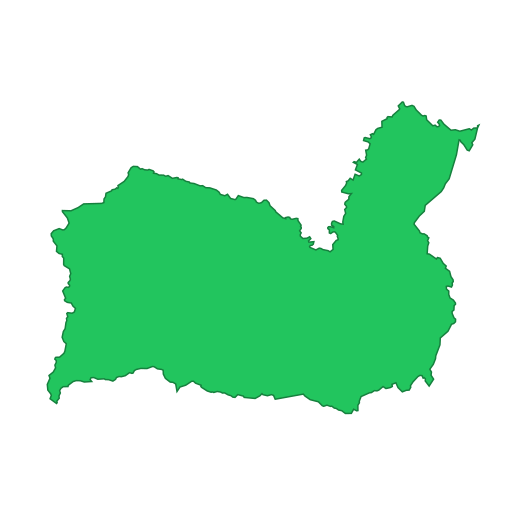 the district of Uiramutã, Roraima, Brazil, rotated 277°
{"feature_id": "56859067B11368359253245", "entity_name": "Uiramutã", "entity_type": "district", "adm_level": 2, "iso_a3": "BRA", "parent_name": "Brazil", "parent_adm1": "Roraima", "projection": "natural_earth1", "projection_center": [-60.205, 4.716], "detail": "fine", "context": "isolated", "style": "filled", "palette": "green", "viewbox_px": 512, "rotation_deg": 277, "n_neighbors": 0, "source": "geoboundaries", "source_scale": "gbopen_adm2", "svg_char_len": 6067}
<svg xmlns="http://www.w3.org/2000/svg" viewBox="0 0 512 512"><g transform="rotate(277 256 256)"><path d="M410.1,460.3L409.5,456.6L407.3,454.4L408.3,452.2L404.7,443.1L405.6,438.5L404.6,434.2L409.8,426.4L413.4,422.9L413.3,421.3L410.9,420.0L409.1,421.9L407.8,422.3L406.8,421.5L406.3,419.9L407.7,417.9L406.8,415.6L412.0,408.8L415.7,407.8L416.0,406.4L415.3,404.7L415.9,403.1L420.5,397.2L423.8,394.6L424.5,392.5L422.5,387.9L422.6,386.6L423.4,385.2L426.6,383.6L426.7,382.4L422.3,378.9L419.6,380.7L418.7,380.3L412.4,374.7L410.6,374.1L410.4,370.0L409.5,369.2L408.3,369.4L405.0,364.5L399.2,365.4L397.5,361.3L396.0,359.7L391.1,357.9L391.6,356.7L390.3,354.7L388.3,356.0L387.1,355.7L386.3,354.7L386.9,349.9L386.4,349.0L383.7,348.7L382.9,353.4L381.3,355.6L376.1,354.8L374.9,353.8L374.4,352.0L369.5,353.5L367.1,352.8L365.6,353.8L362.2,350.6L362.7,348.4L364.7,346.7L361.2,344.3L361.6,341.9L360.8,341.2L359.2,345.5L353.6,344.2L351.2,350.6L349.7,350.7L348.0,348.7L349.2,344.4L343.2,343.1L344.6,340.0L341.8,338.3L340.9,336.6L339.5,337.1L336.8,336.3L331.6,333.0L330.0,333.3L329.0,340.1L329.6,343.1L326.2,341.0L323.7,341.2L320.2,338.0L319.1,337.8L318.0,337.9L316.5,339.6L315.2,340.0L313.0,338.4L309.2,339.8L306.1,338.3L300.4,338.0L298.2,338.6L298.2,336.0L300.3,329.4L299.6,327.6L297.5,327.0L295.8,327.3L294.7,329.6L293.5,329.7L294.2,326.0L293.9,324.5L292.9,323.8L291.9,324.0L290.9,325.6L287.8,326.0L287.4,327.4L289.2,329.4L289.6,330.8L289.2,331.9L286.5,334.5L285.4,334.3L283.2,335.4L282.2,335.5L281.2,333.7L276.7,330.8L271.9,331.7L269.2,329.0L270.1,326.8L270.5,321.7L271.4,319.5L271.5,317.8L269.3,314.7L271.1,308.5L271.9,308.0L273.0,308.6L273.5,310.3L274.7,311.4L277.3,311.7L276.2,306.8L277.4,306.3L279.9,308.3L281.6,306.9L279.9,304.5L279.1,300.4L281.1,297.6L282.5,297.3L284.5,298.0L286.3,296.2L288.8,297.5L290.1,297.4L290.8,296.6L292.1,297.0L296.3,293.3L298.2,293.0L298.3,291.4L296.8,287.3L297.1,285.6L298.4,284.8L298.6,283.1L297.7,280.6L296.7,280.9L297.1,278.0L302.2,270.3L303.5,269.5L307.6,263.8L310.5,262.4L312.7,259.6L312.3,257.1L309.6,254.9L308.6,252.4L309.5,249.9L311.3,248.7L312.6,246.4L313.0,239.8L312.5,236.9L313.8,231.1L310.1,229.2L309.4,228.4L309.6,227.0L310.0,223.8L313.8,220.2L312.0,217.7L312.8,213.1L315.0,211.4L316.7,208.5L318.0,201.9L317.7,197.7L319.3,194.5L318.8,192.0L320.4,185.7L320.4,181.6L321.3,180.8L321.6,177.2L323.3,173.8L322.8,172.9L323.1,169.2L324.1,169.2L324.3,167.9L322.9,163.6L325.1,158.9L324.1,156.7L325.0,154.4L324.5,149.9L325.6,147.2L325.7,144.2L327.1,144.5L328.0,143.5L328.9,139.3L328.1,138.1L328.0,134.9L328.8,132.3L328.1,130.8L330.3,127.4L330.0,123.3L328.4,121.3L322.9,118.9L321.7,119.6L319.5,119.4L314.0,116.1L309.1,110.4L307.5,111.0L306.3,110.6L306.7,109.5L305.2,108.1L304.2,105.1L303.0,104.6L300.0,99.5L296.3,99.4L294.1,98.2L290.5,98.5L289.4,96.4L286.7,78.6L282.4,73.6L278.3,66.8L277.5,58.3L276.4,58.5L270.8,64.1L265.9,66.5L260.8,64.2L258.7,62.5L258.3,61.1L259.2,57.3L256.4,52.1L253.2,50.0L251.0,50.4L248.3,52.7L246.0,53.0L241.8,57.2L236.3,57.4L234.5,60.2L234.1,63.6L231.9,63.8L230.5,65.4L224.2,66.1L223.1,66.8L220.5,72.5L215.9,74.3L213.1,73.5L210.4,74.6L209.0,74.4L206.8,72.8L205.7,73.0L204.3,74.6L203.1,74.6L202.0,73.6L202.1,71.6L201.3,70.4L197.7,68.4L190.9,72.2L189.3,71.2L188.3,71.5L187.0,74.3L186.8,78.4L183.9,80.5L182.0,83.2L178.3,82.5L176.8,80.5L176.8,76.0L175.9,75.2L172.7,76.6L171.0,75.5L168.9,76.1L166.8,75.5L160.6,75.4L157.6,74.0L151.7,73.5L147.7,75.7L145.8,78.4L138.2,77.9L136.0,77.2L131.6,73.3L131.1,69.7L130.3,69.1L129.1,68.9L127.9,70.5L126.0,70.7L123.2,69.7L120.5,70.7L116.1,68.9L112.2,65.1L109.5,66.4L103.1,64.5L97.6,65.7L94.0,69.2L92.5,69.8L89.2,69.0L85.3,76.0L86.2,76.5L87.7,76.0L90.8,78.0L93.2,77.5L96.2,78.5L98.4,77.5L100.9,78.5L102.8,80.6L103.5,85.3L104.9,85.5L109.1,89.8L110.4,92.7L110.8,96.8L110.0,100.9L111.4,108.2L113.1,106.4L115.1,107.1L115.6,109.9L114.4,114.0L115.6,120.4L115.0,121.5L115.3,124.8L114.4,129.2L116.4,131.6L118.4,132.3L119.7,134.7L119.8,137.1L121.3,140.9L124.8,144.7L124.4,147.1L124.8,148.2L127.5,149.3L128.8,151.0L130.4,155.4L131.0,161.5L133.7,166.7L133.7,168.4L132.0,171.9L131.9,176.2L131.3,177.8L127.5,178.4L123.5,181.0L120.4,186.2L120.5,189.0L119.2,191.9L111.9,194.1L116.7,196.5L119.2,202.0L123.8,207.4L124.1,209.2L122.4,211.5L121.0,217.3L119.7,217.2L119.0,218.0L116.1,224.0L115.3,228.1L115.8,229.1L115.4,230.7L116.8,234.0L116.7,237.3L115.9,239.4L116.3,241.5L114.8,245.2L114.3,248.2L113.1,250.2L113.1,252.4L116.2,254.8L115.4,260.5L114.2,261.5L114.5,272.5L117.7,276.9L120.1,278.7L119.2,279.8L118.7,284.4L120.3,288.2L119.8,290.4L116.2,292.5L124.7,319.8L123.0,321.6L120.0,327.3L118.9,335.7L115.5,340.0L115.1,341.5L116.6,344.6L115.8,348.3L116.2,349.5L114.6,352.2L114.5,354.2L113.2,356.7L112.9,360.0L110.6,363.9L111.4,369.8L115.8,371.6L114.6,374.8L115.0,376.0L120.3,375.3L122.9,376.5L124.5,376.2L129.3,377.4L134.0,385.2L134.5,387.2L136.8,389.9L136.9,392.5L137.8,394.2L141.9,398.0L140.3,401.1L141.8,405.4L143.1,407.2L145.2,406.6L147.2,410.3L142.7,413.0L139.0,417.8L141.0,421.5L141.6,424.4L144.6,425.6L146.0,425.1L150.1,427.1L156.1,431.4L157.5,433.3L157.5,435.4L155.1,436.8L155.7,437.8L154.7,439.1L152.6,439.2L148.0,443.7L155.4,447.3L159.0,444.3L162.2,444.3L164.8,442.3L170.1,445.2L175.9,446.7L178.8,446.6L190.2,449.4L197.1,448.9L204.7,455.7L212.1,458.4L213.1,460.5L215.0,462.0L217.6,461.8L218.7,460.1L222.9,457.7L224.8,457.4L226.5,459.0L230.9,458.7L232.4,459.9L233.6,459.7L236.3,457.3L238.0,453.7L241.3,452.0L244.7,451.6L246.3,449.1L249.0,448.6L249.6,450.2L249.0,453.8L251.1,454.5L253.2,454.0L254.6,454.9L256.4,454.5L259.3,452.0L264.4,450.0L266.9,445.5L269.2,446.0L271.5,442.7L276.2,439.1L276.6,436.3L275.0,435.4L279.0,427.9L279.1,425.6L286.9,425.2L290.2,425.9L292.1,424.4L295.1,425.3L295.9,423.8L297.0,423.4L298.5,420.1L298.2,418.6L299.1,415.9L300.7,415.2L306.8,409.0L308.3,409.1L315.7,413.3L320.9,417.6L326.9,417.8L342.5,432.0L346.5,434.0L350.7,435.1L356.1,438.3L380.9,442.6L396.1,443.4L395.8,444.6L394.4,445.3L391.9,448.6L386.9,452.7L386.4,454.8L392.8,457.6L394.7,456.4L398.6,459.0L410.1,460.3ZM413.0,461.2L412.3,460.1L410.1,460.3L413.0,461.2Z" fill="#22c55e" stroke="#15803d" stroke-width="1.5"/></g></svg>